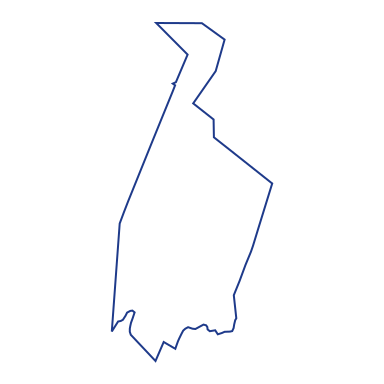 Lajes, Rio Grande do Norte, Brazil (Albers equal-area conic projection)
{"feature_id": "56859067B6017308644468", "entity_name": "Lajes", "entity_type": "district", "adm_level": 2, "iso_a3": "BRA", "parent_name": "Brazil", "parent_adm1": "Rio Grande do Norte", "projection": "albers", "projection_center": [-36.184, -5.667], "detail": "fine", "context": "isolated", "style": "outline", "palette": "blue", "viewbox_px": 384, "rotation_deg": 0, "n_neighbors": 0, "source": "geoboundaries", "source_scale": "gbopen_adm2", "svg_char_len": 957}
<svg xmlns="http://www.w3.org/2000/svg" viewBox="0 0 384 384"><path d="M119.7,223.5L111.8,331.5L118.1,321.5L120.7,321.0L122.9,319.8L125.5,315.8L127.1,312.6L130.3,310.9L132.4,310.6L134.6,312.4L132.6,318.4L131.0,322.8L130.3,325.9L129.8,328.7L129.8,331.8L130.8,334.8L155.5,361.0L163.7,342.0L175.3,348.8L176.8,344.5L178.0,341.2L179.2,338.5L181.5,333.8L183.2,330.6L185.3,328.7L188.1,327.2L192.5,328.7L195.4,329.0L203.5,324.6L206.1,325.3L207.3,327.0L207.6,329.4L209.8,331.2L215.2,330.3L217.8,334.3L221.9,333.0L224.6,331.8L230.0,331.6L232.2,331.1L233.6,328.1L234.2,324.4L235.2,320.2L236.3,318.3L233.8,295.2L239.6,280.9L245.5,264.9L251.0,251.6L253.0,245.8L258.2,228.8L272.2,183.5L235.9,154.7L217.8,140.4L213.9,137.3L213.6,119.5L193.2,103.4L215.7,71.1L224.6,39.6L217.7,34.6L201.9,23.2L156.2,23.0L187.6,54.6L175.9,82.2L172.8,83.6L175.1,85.3L172.5,91.9L161.0,120.1L151.4,143.7L128.1,201.4L123.8,212.5L119.7,223.5Z" fill="none" stroke="#1e3a8a" stroke-width="2"/></svg>